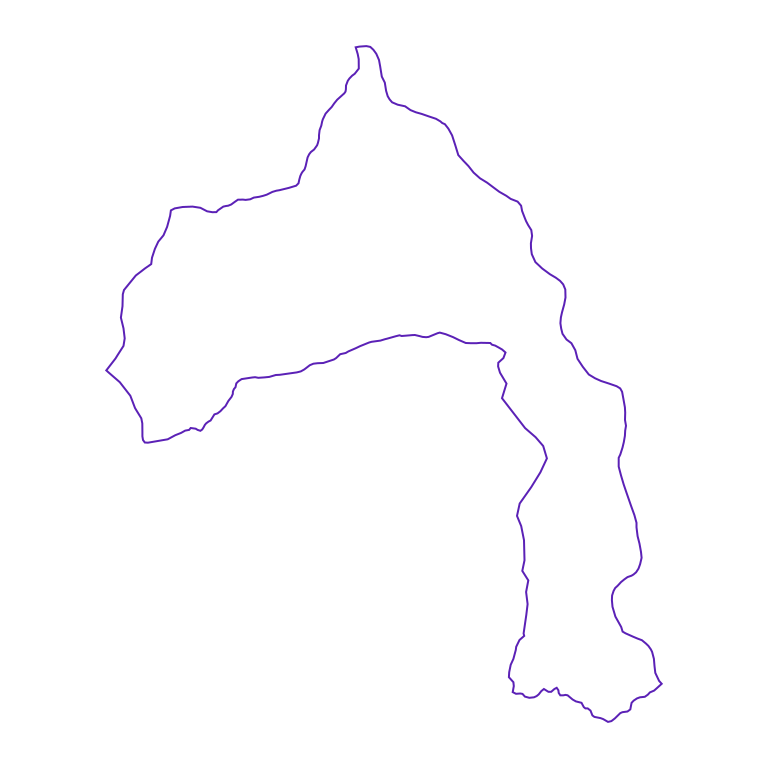 outline of Guma, Punakha, Bhutan
{"feature_id": "84629894B46754889891029", "entity_name": "Guma", "entity_type": "district", "adm_level": 2, "iso_a3": "BTN", "parent_name": "Bhutan", "parent_adm1": "Punakha", "projection": "albers", "projection_center": [89.837, 27.577], "detail": "fine", "context": "isolated", "style": "outline", "palette": "violet", "viewbox_px": 768, "rotation_deg": 0, "n_neighbors": 0, "source": "geoboundaries", "source_scale": "gbopen_adm2", "svg_char_len": 4782}
<svg xmlns="http://www.w3.org/2000/svg" viewBox="0 0 768 768"><path d="M661.7,683.8L659.1,680.9L655.3,672.9L654.5,666.0L653.9,658.8L652.1,651.9L650.8,649.3L648.4,645.9L645.9,643.5L641.9,640.2L637.6,638.6L633.1,636.7L625.5,633.3L622.6,631.6L621.2,627.0L615.4,616.6L612.5,606.8L611.9,600.1L612.1,595.5L613.6,590.9L615.2,588.0L617.6,585.8L621.0,582.1L624.3,579.4L627.5,577.1L631.5,575.7L633.5,574.5L636.1,572.3L638.5,568.6L640.1,564.2L641.6,557.8L641.0,552.0L639.5,543.7L637.6,536.2L636.5,527.3L636.5,522.8L634.4,515.1L630.9,505.4L626.7,493.3L623.7,484.5L621.0,475.4L618.7,466.6L618.7,457.8L620.3,454.5L622.5,447.6L623.8,442.2L624.9,435.9L625.2,430.5L626.0,425.8L625.0,420.0L625.2,412.6L624.9,407.3L623.6,400.0L622.1,391.8L620.2,388.4L616.6,386.2L608.8,383.5L601.1,381.0L595.1,378.3L588.8,374.5L582.8,366.8L577.5,358.8L575.3,350.2L571.4,343.2L566.5,339.5L562.5,333.8L561.2,328.6L560.4,323.2L560.9,317.4L562.0,312.4L564.2,304.4L565.5,297.5L565.3,289.5L563.2,284.4L560.1,280.9L555.8,277.7L549.9,274.2L542.2,268.5L535.4,262.1L531.8,254.2L531.0,248.2L530.9,243.3L532.1,235.9L531.3,230.1L528.1,225.0L526.1,221.2L524.8,218.0L522.1,211.0L521.1,205.7L517.6,201.6L510.7,198.9L506.3,195.8L499.3,191.8L493.4,187.4L487.3,182.8L480.0,178.3L473.6,172.6L468.4,166.0L463.6,161.0L458.3,155.1L455.3,145.3L452.1,135.4L448.4,128.7L444.9,124.2L442.2,123.0L440.4,121.4L436.0,118.8L428.8,116.4L421.6,113.9L415.9,112.3L410.5,110.1L405.1,106.3L397.7,104.7L392.1,102.3L389.6,99.4L387.7,96.2L386.1,90.8L384.8,82.6L381.8,76.6L380.2,66.6L379.0,60.0L376.3,53.8L373.4,49.8L370.3,46.9L366.4,46.1L359.4,46.6L355.7,47.3L357.7,54.0L358.7,59.1L358.8,68.6L354.7,73.8L352.1,75.7L349.4,78.5L347.8,80.8L346.0,85.5L345.9,89.3L345.5,91.6L344.3,93.3L337.2,99.7L334.2,103.4L331.7,107.0L329.3,109.5L325.6,113.6L322.8,119.4L322.1,121.7L321.3,125.6L319.6,130.1L319.0,135.2L319.0,138.4L317.9,143.0L317.1,145.3L314.1,149.5L310.9,152.0L309.2,154.2L307.6,157.4L305.6,166.3L304.5,169.5L302.6,171.7L301.5,173.4L300.3,176.0L299.3,179.6L298.5,183.3L296.1,185.7L288.8,187.9L279.4,190.2L276.4,190.7L272.4,191.9L266.7,194.7L262.9,195.9L259.2,196.8L253.8,197.6L250.2,199.3L245.6,199.9L243.0,199.6L237.9,199.7L234.6,202.0L231.2,204.5L228.2,205.7L226.0,206.0L223.3,206.6L218.0,210.3L216.4,212.1L212.4,212.2L207.1,211.3L200.4,207.8L192.5,206.6L182.6,207.0L174.7,208.4L170.9,210.4L170.1,215.9L167.1,226.9L163.5,235.3L158.3,241.6L154.9,248.9L152.0,257.7L151.2,264.1L145.3,268.2L135.8,275.5L124.0,290.0L122.8,294.3L122.5,306.2L120.9,317.6L123.5,328.4L124.7,338.4L123.5,345.9L117.6,355.1L115.5,358.5L106.3,370.4L108.4,372.3L119.8,382.2L128.1,392.9L130.3,395.7L131.7,399.3L135.0,408.0L136.2,410.0L141.3,418.3L142.3,423.4L142.4,432.0L142.4,436.3L143.0,440.0L144.8,442.5L147.9,442.7L167.7,439.3L175.3,435.2L181.1,432.9L185.2,430.6L189.1,429.9L190.7,428.0L195.7,428.7L197.6,429.9L200.4,430.8L202.2,429.5L203.5,427.5L204.8,425.0L206.1,423.4L208.5,421.6L210.6,420.5L214.4,414.4L217.5,413.4L220.4,411.2L223.1,408.3L225.4,406.2L228.4,400.9L231.5,396.9L232.8,394.0L232.9,391.6L233.9,389.1L235.5,387.2L236.3,383.4L238.3,381.3L241.6,379.1L252.1,377.5L255.1,377.2L258.3,377.8L264.3,377.4L269.3,376.9L275.8,375.0L279.8,374.8L283.3,374.3L296.8,372.4L300.8,371.4L304.2,369.5L306.2,368.0L309.8,365.2L313.4,363.7L317.7,363.2L323.3,363.0L326.0,362.1L333.9,359.5L336.1,358.1L340.2,354.2L345.7,353.0L348.4,351.4L355.8,348.2L360.2,346.1L369.1,342.5L371.6,341.8L380.4,340.6L382.7,339.9L385.0,339.2L387.0,338.7L395.9,336.2L399.5,335.3L401.7,336.0L407.8,335.5L412.4,335.1L414.9,335.0L419.6,336.1L422.5,336.9L426.2,337.2L428.6,336.9L437.6,333.2L439.8,332.6L445.7,334.2L453.0,337.1L459.1,340.1L465.8,343.0L471.0,343.2L476.5,343.2L480.9,342.8L490.3,343.0L492.0,344.7L495.2,345.6L499.0,347.7L502.1,349.5L505.5,352.5L503.4,358.1L498.3,362.7L498.1,366.4L500.0,372.7L506.5,383.6L502.0,398.2L525.1,428.1L535.6,437.2L543.2,446.0L546.9,458.4L540.4,472.3L531.2,487.2L519.7,503.5L517.0,515.9L521.2,526.1L524.0,540.2L524.5,560.3L522.3,570.9L528.3,580.4L526.1,592.0L527.6,604.1L526.3,614.9L523.6,633.5L524.2,635.9L519.5,640.0L516.2,646.8L515.8,649.9L513.4,658.9L510.7,664.8L509.2,672.2L508.9,677.2L513.4,682.2L513.8,686.1L513.1,690.0L512.7,692.1L516.0,693.8L520.3,693.5L522.5,693.9L524.9,696.6L529.3,697.8L534.0,697.3L536.6,696.1L538.7,694.4L541.3,691.1L543.9,689.0L548.4,691.8L551.2,691.8L554.4,689.0L556.7,687.8L558.4,690.3L558.7,692.9L560.3,695.3L563.4,695.3L565.5,694.9L567.6,695.3L572.6,699.5L575.9,701.4L581.5,702.8L583.8,707.1L585.4,708.4L587.7,708.4L590.5,710.6L592.4,715.4L594.4,716.9L600.5,718.1L603.2,719.1L608.0,721.9L611.4,721.1L614.9,718.4L620.3,713.1L622.4,712.2L627.5,711.5L630.3,709.4L631.0,705.7L631.6,702.8L633.7,700.6L637.0,698.4L640.0,697.3L644.8,696.8L647.8,694.7L649.9,692.4L654.1,690.6L656.6,688.4L661.7,683.8Z" fill="none" stroke="#5b21b6" stroke-width="2"/></svg>